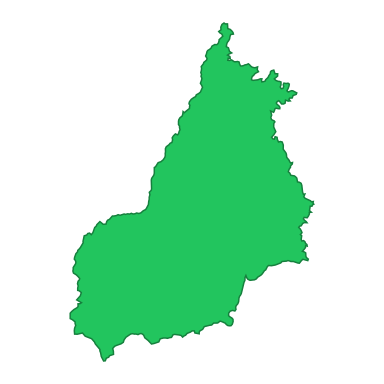 outline of Vila Propício, Goiás, Brazil
{"feature_id": "56859067B93488983181144", "entity_name": "Vila Propício", "entity_type": "district", "adm_level": 2, "iso_a3": "BRA", "parent_name": "Brazil", "parent_adm1": "Goiás", "projection": "albers", "projection_center": [-48.79, -15.215], "detail": "fine", "context": "isolated", "style": "filled", "palette": "green", "viewbox_px": 384, "rotation_deg": 0, "n_neighbors": 0, "source": "geoboundaries", "source_scale": "gbopen_adm2", "svg_char_len": 5934}
<svg xmlns="http://www.w3.org/2000/svg" viewBox="0 0 384 384"><path d="M154.3,167.5L154.3,173.3L153.8,175.2L151.7,178.3L151.3,180.0L151.6,188.9L151.2,190.4L149.3,192.3L149.9,194.7L149.2,197.2L149.2,199.3L148.7,201.5L148.4,204.6L146.3,208.6L145.5,209.6L143.2,210.8L140.8,212.9L138.9,213.5L136.6,213.0L134.9,213.8L133.0,214.0L131.3,213.3L129.5,214.1L127.8,213.8L125.4,214.4L124.1,214.0L120.1,215.3L118.1,214.7L116.3,215.6L114.0,216.0L112.4,216.0L109.5,219.3L107.6,220.2L106.7,221.6L106.0,224.1L103.2,224.3L99.9,221.6L96.9,224.6L96.1,226.3L94.7,227.5L92.9,232.7L91.2,234.7L89.6,233.1L87.8,233.5L86.7,235.0L84.2,235.8L83.0,241.4L83.2,242.7L80.4,247.5L78.9,249.3L77.8,250.3L77.5,251.9L75.9,253.7L74.6,257.4L74.3,259.2L75.3,260.4L75.9,262.0L75.6,263.7L73.2,267.5L73.2,269.4L72.9,271.0L73.5,273.1L76.4,274.9L78.1,276.6L79.7,278.5L79.3,280.0L78.1,281.2L77.5,283.8L78.2,285.9L77.7,288.1L77.7,290.4L79.3,290.8L81.3,292.6L80.3,295.8L76.7,299.9L81.5,302.7L80.0,303.7L78.0,303.8L78.1,306.6L76.9,307.8L74.0,309.5L71.7,311.5L70.2,313.2L70.2,318.6L72.4,319.7L75.1,321.9L75.1,323.6L75.7,325.4L74.6,328.2L74.3,330.7L74.6,334.1L77.4,334.2L82.5,333.0L85.2,336.2L91.6,338.7L94.5,342.0L95.3,343.9L99.9,349.4L99.9,350.9L100.6,352.7L101.3,356.5L103.6,361.0L105.3,360.8L106.3,358.2L108.7,357.2L109.5,355.7L113.5,354.4L113.4,351.3L112.7,348.5L114.6,346.3L116.5,345.4L121.1,343.8L123.3,342.3L124.1,339.8L126.0,337.2L130.7,334.0L132.7,333.7L134.3,334.1L136.0,334.0L138.0,334.6L139.6,333.8L141.1,333.5L142.7,334.2L143.8,335.4L144.8,337.8L148.1,340.4L151.5,344.0L154.0,343.5L158.8,341.9L160.2,338.8L163.5,338.0L165.6,338.0L167.6,338.3L169.4,337.7L171.5,337.4L173.1,334.7L174.7,334.4L179.4,335.0L181.2,335.5L182.6,337.1L183.9,336.0L185.6,335.2L187.1,333.4L190.4,332.1L192.2,330.9L194.3,330.9L194.9,333.0L199.2,333.8L199.2,332.1L199.9,330.9L202.6,329.4L204.3,326.6L209.5,325.3L211.7,325.0L213.6,323.1L217.7,323.0L220.1,321.1L222.0,321.7L225.3,323.2L226.3,324.5L227.7,325.5L229.3,325.8L231.0,325.7L232.3,324.2L233.1,321.6L233.0,319.3L231.9,318.0L230.0,316.9L228.6,315.7L228.7,313.1L230.1,311.2L232.6,310.4L234.9,311.0L236.0,309.4L235.7,307.9L235.8,306.5L236.5,305.3L237.8,303.8L238.6,301.8L239.0,297.8L239.7,296.1L240.5,295.1L241.3,293.5L244.0,282.3L244.9,280.4L245.0,277.5L245.9,275.5L246.7,277.7L247.9,279.3L250.0,280.3L254.5,279.8L256.2,279.0L257.8,277.1L261.0,275.1L262.3,273.8L264.5,270.6L265.7,269.9L267.3,266.7L268.5,265.5L271.5,265.7L275.3,265.0L280.8,262.9L282.0,261.5L286.6,261.1L287.8,260.6L289.2,260.8L290.8,261.5L293.4,261.5L297.8,263.0L299.4,263.2L301.5,260.5L302.9,259.3L307.8,260.6L308.3,259.1L306.8,257.9L305.9,256.6L305.7,252.9L304.4,252.0L302.4,251.3L304.5,248.9L305.5,247.5L305.6,245.6L307.2,246.1L306.9,244.5L305.6,243.4L304.9,241.7L303.6,240.6L301.9,241.0L301.2,239.4L301.7,235.7L300.4,234.6L302.0,232.7L301.5,231.3L300.2,228.9L298.7,227.4L299.6,226.2L301.2,225.8L302.7,223.4L304.4,222.6L307.0,222.7L306.1,221.5L304.6,220.4L303.4,218.9L304.1,217.4L307.2,217.8L308.5,215.9L309.4,213.9L309.3,212.4L311.3,212.2L309.5,210.6L310.2,206.2L312.0,206.2L312.6,204.8L313.8,204.2L313.0,203.1L313.3,201.5L311.6,201.8L310.3,200.7L305.1,198.3L303.8,196.8L304.9,194.0L303.4,194.3L302.6,192.2L301.8,185.3L301.1,183.3L299.5,182.3L297.5,181.9L296.8,178.1L295.5,176.7L294.4,175.9L290.8,175.3L289.8,173.1L288.3,171.8L289.1,169.3L290.5,167.3L290.5,165.9L292.3,164.0L292.5,162.5L290.7,163.0L289.8,161.8L289.0,160.1L286.7,157.3L286.4,154.2L285.8,152.7L283.2,149.2L283.3,145.1L282.2,142.0L280.3,141.5L278.5,142.0L277.4,139.5L277.1,137.3L275.1,136.7L274.4,139.1L272.9,138.9L271.6,137.3L273.8,134.7L275.8,131.7L273.7,127.0L273.8,123.4L274.9,121.9L274.1,120.8L272.6,120.2L271.5,119.5L270.8,117.5L271.7,115.1L270.6,111.0L273.6,112.3L274.4,110.7L274.9,108.9L276.0,108.2L278.4,108.7L279.8,108.7L279.9,107.3L278.8,105.7L277.0,104.3L276.3,103.0L277.2,101.6L278.7,100.7L279.7,101.6L281.6,104.0L283.5,104.0L285.1,103.2L285.5,100.1L288.1,101.1L290.2,100.9L288.9,99.3L289.7,98.1L292.2,98.0L293.1,95.5L296.2,94.4L296.8,92.9L292.8,90.8L291.4,90.7L288.2,92.0L286.9,90.8L288.1,88.5L289.0,86.0L289.3,84.1L288.1,83.2L286.1,83.5L283.9,83.1L283.2,84.7L283.7,86.4L283.0,88.4L281.2,88.7L280.2,87.0L281.0,84.9L281.0,82.0L279.5,81.4L278.0,81.3L275.7,80.3L274.3,78.9L277.6,76.1L277.7,73.8L275.0,73.7L273.8,70.1L271.4,70.8L270.5,71.8L270.2,73.8L268.9,75.6L268.0,77.5L265.7,79.7L265.2,81.0L263.7,81.6L261.9,81.9L261.5,80.5L261.9,78.8L260.4,78.8L257.9,79.8L253.0,80.4L251.5,79.8L251.7,77.9L252.4,76.2L253.5,75.6L254.5,74.1L255.6,73.2L258.5,71.7L257.2,69.6L257.6,66.9L254.9,67.8L252.4,67.3L250.7,66.1L249.4,64.6L248.3,63.8L246.7,64.6L244.9,64.9L243.5,65.6L241.9,66.0L240.5,65.9L239.5,63.7L239.1,62.0L237.6,61.5L235.6,61.8L234.2,61.7L231.6,59.9L229.7,60.5L227.8,60.3L228.2,58.2L230.2,58.5L229.9,56.5L227.5,55.1L228.7,54.2L231.7,52.9L229.5,51.4L228.4,47.8L226.3,46.7L226.8,43.6L227.7,41.8L228.6,40.8L229.6,38.9L229.9,36.8L230.7,34.5L233.4,34.1L233.0,32.5L231.7,30.8L230.2,29.4L227.8,28.6L227.5,23.9L225.2,23.9L224.0,23.0L222.0,24.4L220.8,27.2L221.0,29.8L218.7,31.5L219.9,32.9L221.8,34.0L222.8,36.2L219.1,39.7L219.0,41.1L218.2,43.4L216.8,44.7L214.8,44.5L212.0,46.1L211.0,48.2L209.5,49.4L207.7,50.5L207.0,51.6L206.4,54.1L205.6,56.0L207.1,58.5L206.5,60.2L203.8,62.4L203.4,63.8L201.2,66.6L201.6,68.3L201.4,70.4L200.8,72.6L201.5,74.4L201.0,76.3L201.9,78.3L201.5,80.3L200.4,83.3L201.6,85.2L202.5,87.3L200.4,92.1L198.7,93.5L196.3,94.8L195.6,96.6L193.7,97.6L191.3,99.3L190.0,101.0L189.3,102.1L189.0,103.8L189.9,105.3L189.5,106.8L189.5,108.4L184.2,112.7L183.1,111.6L182.8,114.0L182.2,116.0L180.0,117.7L178.8,119.7L178.5,121.2L178.5,124.6L179.5,126.0L179.5,127.6L180.0,129.8L179.2,131.3L178.6,133.5L177.6,134.9L175.4,133.9L173.4,135.9L172.2,137.8L172.6,139.9L171.9,142.5L170.2,143.2L168.9,144.8L166.3,146.7L165.4,148.7L165.5,152.0L165.2,153.4L165.3,155.3L165.0,156.9L164.3,158.2L163.1,159.9L160.8,161.8L159.6,162.1L158.1,162.7L155.5,166.8L154.3,167.5Z" fill="#22c55e" stroke="#15803d" stroke-width="1.5"/></svg>